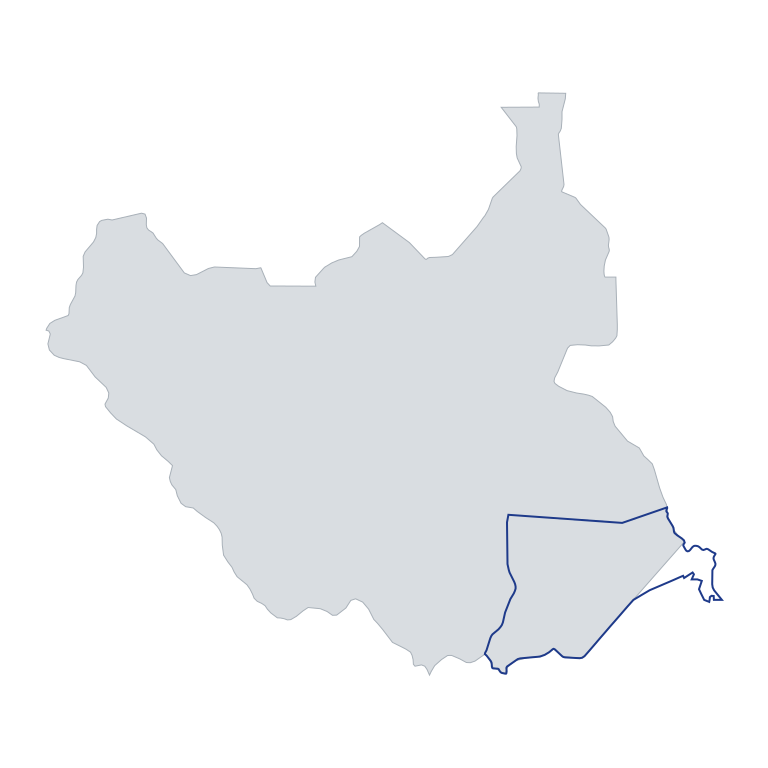 Eastern Equatoria highlighted on a map of South Sudan
{"feature_id": "SDS-892", "entity_name": "Eastern Equatoria", "entity_type": "State", "adm_level": 1, "iso_a3": "SSD", "parent_name": "South Sudan", "parent_adm1": "", "projection": "natural_earth1", "projection_center": [34.12, 4.76], "detail": "fine", "context": "in_parent", "style": "outline", "palette": "blue", "viewbox_px": 768, "rotation_deg": 0, "n_neighbors": 0, "source": "natural_earth", "source_scale": "10m", "svg_char_len": 5726}
<svg xmlns="http://www.w3.org/2000/svg" viewBox="0 0 768 768"><path d="M610.0,626.5L586.6,653.7L584.9,655.4L582.0,657.5L572.5,657.5L562.7,656.2L553.7,649.2L544.6,654.6L538.7,656.3L535.3,657.0L527.1,657.8L515.7,660.7L510.5,664.4L507.6,667.3L505.3,672.6L504.1,673.2L502.0,672.5L499.1,670.4L493.0,667.3L489.9,660.6L487.1,656.5L484.7,654.3L475.0,661.1L470.3,662.7L466.4,662.5L459.4,658.7L451.6,655.4L447.6,655.5L441.6,659.5L434.7,665.6L431.2,671.5L429.5,675.1L427.1,669.6L424.8,666.2L421.5,664.9L415.0,666.2L413.4,664.3L413.1,659.6L412.1,655.4L410.5,652.1L405.5,648.9L392.5,642.4L382.5,629.3L377.5,623.3L373.8,619.4L368.6,609.1L362.7,602.1L355.6,598.8L350.8,600.4L345.9,608.0L336.7,615.1L332.5,615.3L327.1,611.5L320.3,608.7L308.1,607.5L303.0,610.9L296.4,616.3L290.8,619.6L287.4,619.9L284.1,618.7L280.5,618.0L277.3,617.8L270.8,612.9L267.4,609.2L265.1,605.7L261.5,603.3L257.2,601.3L254.1,598.2L252.6,594.3L250.1,589.3L247.0,584.8L237.1,576.7L234.1,571.9L232.0,567.3L228.0,562.1L223.6,555.2L222.3,545.2L222.1,537.1L221.2,533.3L219.4,529.6L217.2,526.4L213.8,522.8L205.7,517.6L197.3,511.5L193.3,508.0L185.7,506.7L181.1,503.3L177.3,495.7L175.8,489.6L171.9,484.9L170.3,481.5L169.4,477.6L172.5,465.6L168.1,461.3L161.5,455.8L156.8,449.8L153.9,444.2L145.5,436.9L127.0,426.0L116.4,419.0L110.5,412.8L105.5,406.6L105.0,404.1L108.3,398.0L108.8,393.0L106.2,387.4L95.1,376.9L86.4,365.4L79.7,361.8L63.6,358.6L59.0,357.4L54.2,355.2L49.4,350.0L47.9,343.9L50.3,334.0L48.8,331.0L46.1,330.2L46.8,328.2L49.9,323.4L54.9,320.3L68.2,315.5L69.0,313.6L69.3,307.5L70.4,304.5L75.0,296.0L75.7,292.6L76.0,285.4L76.6,282.0L77.9,279.5L81.6,275.3L82.9,272.8L83.5,267.2L83.2,256.3L85.1,251.9L93.5,242.0L95.8,237.5L96.6,233.5L96.6,229.5L97.1,225.5L99.6,221.6L101.7,220.4L107.9,219.2L112.1,220.0L141.5,213.2L145.0,214.1L146.5,218.1L146.3,224.6L146.8,227.7L148.4,229.9L153.0,233.0L156.2,238.1L157.9,240.0L162.6,243.5L184.3,272.9L190.5,275.6L196.5,274.6L208.4,268.5L214.4,267.0L255.9,268.7L260.6,267.8L260.9,267.9L267.1,282.7L270.2,286.0L315.8,286.2L314.9,282.0L315.5,277.3L323.6,268.3L324.7,267.2L331.8,262.9L338.7,260.0L351.9,256.7L356.8,251.3L359.5,246.5L359.6,236.9L361.3,235.3L364.5,233.1L379.8,224.5L382.4,222.7L409.4,242.6L424.5,258.4L425.4,259.2L426.2,259.4L427.0,258.9L427.7,258.2L429.5,257.5L436.0,257.3L448.3,256.5L452.4,254.6L477.1,226.5L483.4,217.5L484.9,215.7L488.5,209.3L492.3,198.3L493.1,197.0L520.1,170.7L521.0,168.6L521.3,166.9L517.2,158.0L516.4,153.5L516.2,146.6L517.0,135.8L516.8,129.0L516.4,127.1L516.2,126.7L501.2,107.3L539.2,107.1L539.3,104.7L539.2,103.9L538.4,101.6L538.0,98.5L538.1,96.8L538.3,95.2L538.3,94.3L538.2,93.5L538.2,93.2L538.4,92.9L565.7,93.3L565.3,98.8L562.0,111.7L562.0,119.4L561.3,128.3L560.3,130.9L558.9,133.0L558.4,134.1L558.4,135.0L564.0,184.5L563.6,186.6L562.1,189.7L561.7,190.7L561.6,191.5L562.2,192.0L574.8,197.3L575.4,197.7L575.9,198.1L580.5,204.5L605.3,228.0L606.1,229.1L608.7,236.5L609.0,237.6L609.1,239.4L609.0,240.7L608.4,245.2L608.6,247.2L609.0,248.5L609.3,250.0L609.3,250.4L609.1,251.5L605.4,260.1L604.2,266.1L603.9,271.2L604.1,274.2L604.5,276.1L604.8,276.8L605.2,277.1L615.9,277.1L615.9,279.8L617.3,324.5L617.3,329.5L616.9,335.8L615.6,338.2L612.6,341.8L608.8,345.0L599.1,345.9L591.1,345.8L585.3,345.0L577.5,344.7L570.2,345.4L567.5,348.2L557.8,371.9L554.7,377.8L554.0,381.3L554.9,383.4L558.7,386.3L567.0,390.6L576.5,393.0L583.7,394.1L588.5,395.2L592.3,396.5L605.8,407.3L610.2,412.3L612.6,416.7L613.2,421.5L615.1,426.2L627.5,441.1L639.3,448.0L643.8,455.9L648.1,459.8L652.3,463.9L654.5,470.1L659.6,487.9L663.0,497.3L666.6,504.9L668.0,517.3L670.8,522.9L673.6,529.7L678.4,535.8L683.4,540.5L684.4,541.7L633.3,599.8L610.0,626.5Z" fill="#d9dde1" stroke="#a8b0b8" stroke-width="1"/><path d="M684.4,541.8L684.7,542.6L684.3,543.3L683.8,544.0L683.4,544.7L683.3,545.5L683.6,546.2L685.5,549.6L686.3,550.7L687.4,551.3L688.8,551.1L690.1,550.0L692.4,547.1L693.7,546.1L694.7,545.8L695.9,545.8L697.1,546.0L698.1,546.3L699.5,547.2L701.9,549.5L703.3,550.0L704.7,549.6L705.7,549.1L706.8,548.8L708.2,549.3L712.0,551.9L715.2,553.4L715.5,553.9L713.9,556.6L713.5,558.1L713.7,559.4L714.8,561.9L715.4,563.5L715.4,564.9L714.9,566.2L712.7,569.5L712.4,570.3L712.2,584.2L712.7,587.5L714.1,590.3L721.9,599.9L718.2,599.9L713.9,599.9L713.7,596.0L711.5,595.8L709.9,597.1L709.6,599.9L709.2,601.9L704.2,599.9L701.3,594.1L699.0,589.2L701.8,580.9L697.4,579.4L691.7,579.4L693.9,574.3L692.6,572.5L688.1,575.4L684.1,578.0L683.1,575.8L679.1,577.5L674.4,579.6L669.1,581.9L664.4,583.9L660.0,585.8L655.3,587.8L649.7,590.2L645.8,592.5L641.9,594.8L637.9,597.2L633.4,599.9L627.5,606.5L621.7,613.2L615.9,619.9L610.1,626.5L605.4,632.0L600.7,637.4L594.3,644.9L588.8,651.3L584.5,656.2L584.2,656.4L582.1,657.8L579.6,658.2L570.4,657.7L569.1,657.6L565.1,657.4L563.3,657.0L562.1,656.2L554.9,649.4L553.7,648.8L552.7,649.2L549.2,652.2L544.7,654.9L539.9,656.6L530.8,657.4L520.2,658.4L517.7,659.1L507.1,666.5L506.5,667.5L506.4,668.3L506.6,670.7L506.6,671.7L506.4,672.7L506.4,673.1L506.0,673.7L505.3,673.7L501.7,672.9L500.7,672.3L499.8,671.2L499.4,670.5L498.7,669.2L498.1,668.8L497.6,668.7L493.1,668.4L492.3,667.9L491.9,666.8L491.7,663.7L491.5,662.5L490.7,660.9L486.6,655.6L485.2,654.3L484.9,654.1L485.1,652.9L486.5,650.3L490.3,638.2L491.4,635.8L492.5,634.3L498.5,629.3L500.4,627.1L501.8,625.1L502.9,622.4L505.1,612.5L510.4,599.0L513.8,593.4L514.9,590.9L515.6,588.6L515.6,586.5L515.1,584.1L514.2,581.8L509.6,572.6L508.8,570.0L507.5,564.1L507.0,522.3L508.4,514.8L622.2,522.9L667.1,507.4L667.2,508.1L666.6,509.5L666.4,510.3L666.3,511.1L666.6,511.8L667.6,513.0L667.8,513.7L667.6,514.7L667.5,515.4L667.3,516.2L667.4,517.0L668.0,518.5L672.7,526.1L673.5,527.9L674.0,531.8L674.6,533.1L677.2,535.3L681.8,538.4L684.0,540.4L684.4,541.8Z" fill="none" stroke="#1e3a8a" stroke-width="2"/></svg>